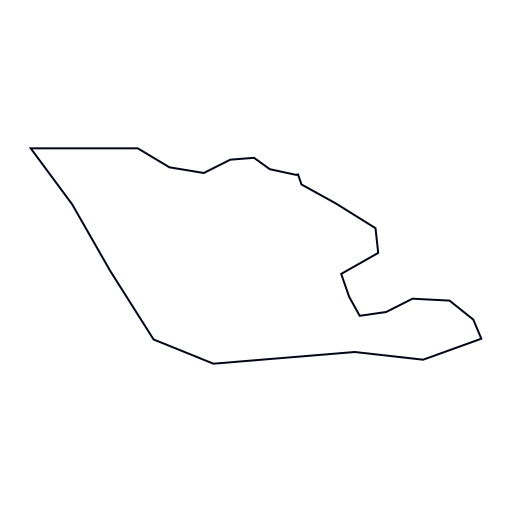 Landskrona, Skåne, Sweden
{"feature_id": "70781695B51244524104", "entity_name": "Landskrona", "entity_type": "district", "adm_level": 2, "iso_a3": "SWE", "parent_name": "Sweden", "parent_adm1": "Skåne", "projection": "natural_earth1", "projection_center": [12.956, 55.915], "detail": "fine", "context": "isolated", "style": "outline", "palette": "ink", "viewbox_px": 512, "rotation_deg": 0, "n_neighbors": 0, "source": "geoboundaries", "source_scale": "gbopen_adm2", "svg_char_len": 472}
<svg xmlns="http://www.w3.org/2000/svg" viewBox="0 0 512 512"><path d="M30.7,148.3L72.2,204.4L110.2,270.9L153.6,339.5L213.4,363.7L354.4,352.0L423.1,359.7L481.3,338.7L481.2,338.4L473.3,319.6L449.5,300.6L412.5,298.7L386.1,312.0L359.7,315.8L349.1,296.7L341.2,273.9L378.2,252.9L375.5,228.2L335.9,203.5L301.5,184.5L298.0,174.4L296.2,174.9L269.8,169.2L254.0,157.8L230.2,159.7L203.8,173.0L169.4,167.3L137.7,148.3L30.7,148.3Z" fill="none" stroke="#020617" stroke-width="2"/></svg>